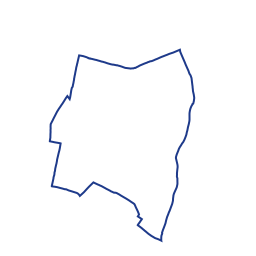 the district of Wang Thonglang, Bangkok Metropolis, Thailand, rotated 202°
{"feature_id": "78962969B59221573730573", "entity_name": "Wang Thonglang", "entity_type": "district", "adm_level": 2, "iso_a3": "THA", "parent_name": "Thailand", "parent_adm1": "Bangkok Metropolis", "projection": "albers", "projection_center": [100.609, 13.777], "detail": "fine", "context": "isolated", "style": "outline", "palette": "blue", "viewbox_px": 256, "rotation_deg": 202, "n_neighbors": 0, "source": "geoboundaries", "source_scale": "gbopen_adm2", "svg_char_len": 5112}
<svg xmlns="http://www.w3.org/2000/svg" viewBox="0 0 256 256"><g transform="rotate(202 128 128)"><path d="M147.2,47.0L145.7,50.1L144.8,52.0L143.4,55.8L142.2,58.9L139.7,64.6L137.1,64.4L136.4,64.4L135.1,64.3L133.5,64.3L132.3,64.2L131.4,64.2L131.0,64.2L130.0,64.1L129.3,64.0L127.6,63.8L126.7,63.7L125.4,63.5L124.1,63.4L122.9,63.3L121.0,63.1L120.1,62.9L119.9,62.9L119.6,62.9L118.7,62.9L117.2,62.8L116.8,62.8L116.6,62.9L116.4,62.9L116.1,63.1L115.6,63.2L115.3,63.3L115.0,63.4L114.8,63.4L114.4,63.4L114.0,63.4L113.6,63.4L112.3,63.2L111.2,63.1L109.2,62.7L107.1,62.4L105.8,62.2L103.6,61.9L101.8,61.6L99.6,61.2L97.9,60.8L95.9,60.4L94.8,60.2L94.2,60.0L93.8,59.9L93.7,59.9L93.5,59.7L93.2,59.5L92.8,59.2L92.2,58.6L91.0,57.4L89.0,55.6L87.6,54.3L85.4,52.0L85.7,49.7L85.4,49.7L84.7,49.5L82.3,49.0L81.0,48.7L81.2,47.7L81.5,46.6L81.8,45.1L82.2,43.5L82.5,42.3L82.6,41.6L82.4,41.5L82.0,41.4L79.5,40.8L79.3,40.7L78.0,40.4L77.5,40.2L76.9,40.0L76.7,39.9L76.4,39.8L75.9,39.7L75.4,39.5L75.0,39.4L74.0,39.0L73.4,38.9L71.4,38.2L70.4,37.9L70.2,37.8L68.8,37.4L66.9,37.0L66.8,36.9L65.1,36.6L64.9,36.6L64.4,36.5L64.1,36.5L63.8,36.4L63.5,36.4L62.6,36.2L62.0,36.1L61.9,36.1L61.7,36.1L61.1,36.1L60.6,36.1L59.2,36.2L58.6,36.2L57.7,36.2L56.4,36.1L54.9,36.0L55.2,36.5L55.9,38.3L56.4,39.7L56.6,40.5L56.7,40.9L56.7,41.0L56.7,41.9L56.7,42.2L56.7,42.7L56.8,43.1L57.0,43.3L57.2,43.6L57.2,43.8L57.3,44.9L57.3,45.2L57.4,46.6L57.4,48.2L57.5,52.4L57.6,54.1L57.7,54.5L57.8,55.2L58.0,56.3L58.4,60.0L58.4,63.1L58.5,65.3L58.4,66.1L58.4,67.5L58.5,70.4L58.6,74.3L58.7,74.9L59.0,76.9L59.1,77.5L59.8,79.5L60.5,82.2L60.6,82.4L60.8,84.1L60.8,85.4L60.7,88.1L60.6,90.5L60.6,91.1L60.7,92.0L60.9,93.0L61.1,94.2L61.3,94.9L62.4,97.5L63.4,99.9L63.5,100.0L63.8,100.4L64.2,100.9L64.3,101.0L64.5,101.4L65.2,103.4L65.5,104.0L65.8,104.9L66.6,107.6L67.3,110.2L67.5,110.7L67.9,111.6L68.6,112.8L70.7,115.8L72.4,118.2L72.4,118.4L72.5,118.8L72.7,119.4L72.8,120.9L72.9,121.4L72.9,122.6L72.9,125.3L72.9,125.7L72.9,126.1L73.0,127.6L72.8,129.6L72.4,131.6L72.1,133.5L72.1,133.8L71.6,135.4L71.5,136.0L71.3,138.4L71.3,138.9L71.3,139.7L71.3,141.1L71.4,143.7L71.9,146.3L72.0,147.5L72.1,148.2L72.6,150.7L72.7,151.2L73.1,154.4L73.7,157.5L74.1,158.8L75.0,161.0L76.3,164.2L76.6,165.1L77.0,166.8L77.2,167.9L77.4,169.5L77.4,169.9L77.4,170.3L77.4,171.5L77.3,172.7L77.1,173.8L77.2,174.4L76.8,174.9L76.7,175.0L76.7,175.4L76.7,175.5L76.8,176.1L76.9,176.5L77.0,177.5L77.5,179.4L77.6,179.9L78.0,181.0L79.6,183.7L81.6,186.6L81.7,186.8L82.4,188.2L83.4,190.0L83.6,190.5L84.9,192.8L87.6,197.7L87.9,198.2L88.3,198.6L88.8,199.2L89.5,200.0L89.8,200.3L91.0,201.1L91.2,201.3L91.4,201.4L92.9,203.1L93.4,203.7L95.6,205.8L98.4,208.5L99.8,210.0L105.6,215.7L108.1,218.2L109.2,220.0L112.2,217.0L114.4,214.8L115.5,213.9L117.6,212.1L119.4,210.3L120.2,209.6L122.3,207.6L123.3,206.7L124.6,205.4L126.6,203.3L127.1,202.8L128.3,201.7L129.5,200.4L129.7,200.2L131.1,198.9L132.4,198.1L132.7,197.9L133.1,197.4L134.2,196.5L134.7,195.9L135.8,194.9L136.8,194.0L137.5,193.3L139.4,191.4L140.3,190.5L140.5,190.3L141.2,189.4L141.3,189.3L141.4,189.1L142.5,187.9L142.8,187.6L143.6,186.5L144.0,186.4L144.4,186.2L145.1,185.5L145.2,185.4L145.3,185.4L146.5,184.8L147.7,184.2L147.8,184.1L148.1,184.0L148.3,184.0L153.1,182.7L155.4,182.6L156.2,182.6L157.7,182.5L159.1,182.4L160.3,182.2L161.7,182.1L161.9,181.9L164.6,181.4L164.9,181.4L165.0,181.4L165.6,181.1L167.6,180.7L169.4,180.5L171.3,180.3L173.4,180.2L173.6,180.2L173.8,180.2L174.5,180.1L175.8,180.0L176.5,179.9L177.4,179.7L179.1,179.6L180.0,179.5L180.7,179.4L181.9,179.3L183.0,179.2L183.9,179.0L186.9,178.6L188.7,178.3L188.9,178.3L188.9,178.2L189.0,178.1L190.8,177.9L190.9,178.1L191.0,178.1L193.2,178.1L193.3,178.1L195.9,177.9L196.2,177.9L198.8,177.4L200.0,177.1L200.5,177.0L199.9,173.1L199.6,171.2L199.2,168.8L199.2,168.3L199.0,167.4L198.8,166.1L198.7,165.0L198.2,162.8L197.7,160.0L197.2,157.7L197.0,156.3L196.6,154.5L196.5,153.7L196.2,152.9L196.0,151.9L195.7,150.3L195.5,149.5L195.2,147.6L194.9,146.1L194.8,145.7L194.8,145.4L195.1,144.1L194.7,141.6L194.1,139.1L193.6,136.9L193.1,134.6L192.9,132.9L194.2,133.7L196.2,134.9L196.8,132.4L197.3,129.4L197.9,126.1L198.3,124.5L198.8,122.0L199.3,119.9L199.5,118.6L199.9,116.5L199.9,116.2L200.0,115.3L200.3,111.9L200.6,108.8L200.7,107.0L200.9,105.1L201.0,103.8L201.1,102.9L201.1,102.6L201.0,102.4L201.0,102.2L200.7,101.4L200.2,100.0L199.6,98.7L199.0,96.9L198.3,95.3L197.6,93.2L197.2,92.2L196.8,91.1L196.5,90.4L196.3,89.7L196.1,88.8L195.6,86.6L195.5,86.4L194.4,86.6L192.3,87.0L191.0,87.2L186.9,88.1L184.8,88.5L184.7,88.5L184.3,86.7L183.6,83.5L183.2,81.3L183.1,80.2L182.8,78.0L182.5,76.2L182.1,73.5L181.9,72.2L181.5,70.7L181.0,68.2L180.8,66.6L180.4,64.2L180.3,63.4L180.2,63.0L179.7,61.1L179.6,60.9L179.6,60.5L179.5,59.4L179.4,59.0L179.0,57.8L178.7,56.5L178.7,56.4L178.7,55.9L178.7,55.6L178.5,54.2L178.2,53.2L177.8,50.9L177.6,49.7L177.2,47.3L176.9,45.5L176.8,45.4L176.7,45.4L174.0,46.1L171.6,46.6L169.9,46.8L168.3,47.0L167.6,47.1L166.1,47.3L164.1,47.5L163.4,47.6L162.8,47.9L162.6,47.9L162.3,48.0L159.7,47.9L156.4,48.2L153.7,48.4L151.3,48.6L150.2,48.5L149.0,48.1L148.4,47.8L147.6,47.3L147.2,47.0Z" fill="none" stroke="#1e3a8a" stroke-width="2"/></g></svg>